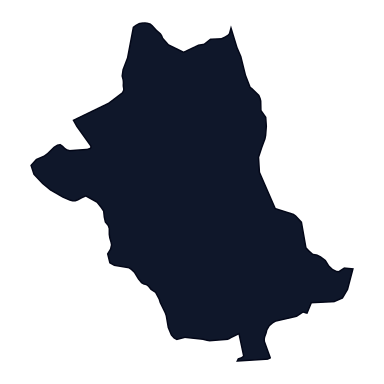 outline of Shemgang
{"feature_id": "BTN-2485", "entity_name": "Shemgang", "entity_type": "District", "adm_level": 1, "iso_a3": "BTN", "parent_name": "Bhutan", "parent_adm1": "", "projection": "robinson", "projection_center": [90.837, 27.078], "detail": "fine", "context": "isolated", "style": "filled", "palette": "ink", "viewbox_px": 384, "rotation_deg": 0, "n_neighbors": 0, "source": "natural_earth", "source_scale": "10m", "svg_char_len": 2007}
<svg xmlns="http://www.w3.org/2000/svg" viewBox="0 0 384 384"><path d="M270.2,357.9L267.6,359.1L237.3,361.0L237.4,360.8L238.3,358.9L241.2,357.9L242.5,357.2L243.7,356.0L239.0,333.6L230.8,337.6L229.0,338.7L227.4,339.3L209.7,340.7L207.2,340.3L202.7,339.2L184.9,337.3L176.8,339.4L174.1,337.9L171.4,334.9L168.3,327.5L166.3,315.7L165.3,312.8L160.3,302.6L159.2,299.0L155.6,292.3L151.1,289.4L148.5,286.1L146.5,284.6L143.7,283.9L141.6,282.7L138.5,278.9L134.5,272.3L131.3,269.3L128.9,267.7L114.4,265.3L109.9,262.8L107.7,253.9L110.6,249.2L111.6,244.9L111.1,242.3L109.8,237.8L109.3,234.4L109.3,228.5L108.3,225.5L105.4,222.0L104.3,217.1L103.7,211.1L101.4,207.6L97.1,202.2L85.8,195.9L81.7,197.7L77.7,199.9L75.2,200.8L72.7,200.8L70.0,200.1L63.0,197.1L50.6,190.0L42.7,183.5L34.0,174.3L31.1,165.4L36.4,159.5L44.3,156.1L47.8,153.5L54.1,147.3L57.5,145.2L60.2,144.7L62.5,146.3L64.6,148.4L66.8,149.9L69.7,150.7L87.5,149.4L90.3,148.4L91.2,147.1L90.5,145.4L76.9,126.4L73.5,120.3L108.8,103.2L122.5,92.8L123.8,90.1L123.7,88.2L123.4,86.7L123.3,85.2L123.4,83.7L123.4,81.9L123.2,79.9L122.2,76.0L123.1,69.7L127.6,57.9L131.1,39.4L133.4,27.3L136.0,25.4L139.3,23.6L142.4,23.1L145.1,23.0L147.4,23.3L150.2,24.1L152.2,25.8L156.3,30.3L160.4,33.9L161.6,35.8L162.6,38.3L168.3,44.8L183.6,52.3L198.6,45.2L204.2,44.3L210.5,39.3L221.4,38.8L225.1,37.1L228.2,35.2L229.5,33.7L231.0,28.1L236.9,47.5L240.8,56.6L245.4,75.2L250.1,87.4L251.7,88.5L258.8,95.4L260.1,98.6L260.7,101.0L260.9,110.5L265.7,117.3L266.3,126.3L265.6,135.4L264.9,138.9L261.8,147.2L258.5,157.2L259.4,172.3L275.2,208.6L293.4,214.4L295.6,216.0L301.4,222.2L305.9,247.8L308.7,250.8L312.7,254.4L316.9,255.1L320.5,256.9L325.3,260.5L328.7,266.0L332.4,269.5L336.4,271.5L338.8,271.7L344.3,268.1L352.9,268.9L347.5,289.4L342.4,298.0L334.1,301.6L311.3,302.7L307.0,313.1L305.6,312.8L303.7,312.1L302.6,312.2L296.6,316.2L275.5,321.1L272.6,322.8L269.2,325.7L266.8,329.8L266.0,333.1L264.6,336.9L264.2,339.0L264.3,341.4L270.2,357.7L270.2,357.9Z" fill="#0f172a" stroke="#020617" stroke-width="1.5"/></svg>